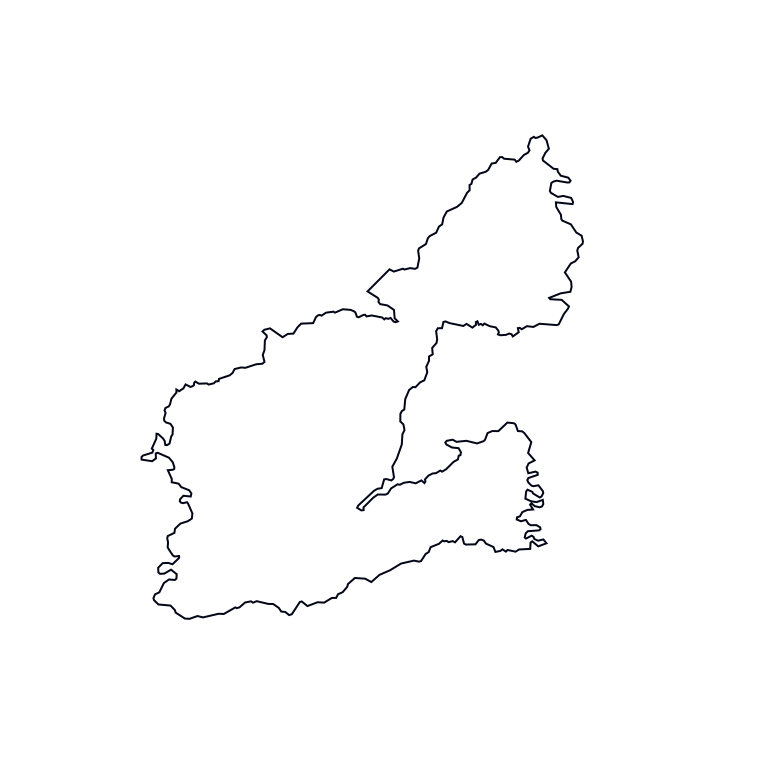 Curvelo, Minas Gerais, Brazil, rotated 19°
{"feature_id": "56859067B91333590661662", "entity_name": "Curvelo", "entity_type": "district", "adm_level": 2, "iso_a3": "BRA", "parent_name": "Brazil", "parent_adm1": "Minas Gerais", "projection": "albers", "projection_center": [-44.407, -18.753], "detail": "fine", "context": "isolated", "style": "outline", "palette": "ink", "viewbox_px": 768, "rotation_deg": 19, "n_neighbors": 0, "source": "geoboundaries", "source_scale": "gbopen_adm2", "svg_char_len": 6164}
<svg xmlns="http://www.w3.org/2000/svg" viewBox="0 0 768 768"><g transform="rotate(19 384 384)"><path d="M563.0,499.7L565.6,496.5L575.9,492.3L574.2,486.2L575.4,484.5L582.7,487.3L589.5,481.7L585.3,479.1L580.7,482.0L576.6,481.6L575.1,479.8L573.0,479.3L568.6,483.9L567.0,483.3L566.6,479.1L567.9,476.4L578.3,471.9L579.3,470.3L578.3,468.7L574.1,467.8L568.9,469.7L566.3,469.3L562.4,466.3L558.2,469.2L553.6,468.9L553.2,466.7L555.6,464.9L556.5,460.1L560.5,456.4L565.8,454.1L561.4,450.5L562.2,448.8L566.3,450.4L571.4,449.9L573.3,448.2L573.7,445.6L571.9,441.9L566.7,446.0L561.4,447.0L555.0,446.4L553.4,439.2L554.1,437.2L559.4,437.7L560.7,439.0L568.2,440.6L569.6,439.0L570.1,435.3L569.0,433.5L563.0,429.5L558.5,432.0L556.5,432.1L552.5,430.1L550.8,428.2L551.1,425.9L558.9,419.9L558.1,417.8L555.8,417.5L549.5,421.4L546.1,416.6L546.6,412.0L551.3,407.2L542.7,402.3L542.2,391.0L532.5,384.6L530.0,383.8L525.9,384.9L521.5,379.4L519.6,378.8L513.2,380.3L507.5,391.3L501.6,393.3L497.9,396.7L497.7,403.8L496.7,405.7L491.3,409.9L480.4,410.9L471.3,415.1L467.1,414.3L461.8,417.3L461.0,419.4L462.7,420.9L469.0,421.9L475.4,420.4L479.1,423.6L479.4,426.4L478.0,427.4L478.4,431.3L475.1,435.0L470.5,444.4L467.4,448.0L465.4,447.5L462.3,451.3L459.1,452.8L455.8,456.2L453.8,460.9L454.9,462.6L454.5,464.5L450.7,463.0L446.3,467.6L440.2,468.2L434.8,471.0L431.8,474.1L429.5,474.4L424.7,480.4L423.3,486.3L421.4,488.1L414.1,490.5L410.9,494.9L404.8,507.4L405.8,509.8L403.8,510.9L398.9,509.8L399.2,507.3L409.3,488.3L411.9,485.2L415.7,483.2L415.2,474.1L417.1,473.1L422.3,472.8L423.6,470.8L423.8,468.9L418.8,459.5L420.4,450.4L420.5,435.4L417.8,425.6L418.4,420.9L415.5,415.9L411.6,414.1L409.2,406.8L409.7,403.7L411.5,401.6L409.0,391.3L409.7,381.5L412.3,377.4L414.8,376.8L417.6,370.7L420.9,367.4L421.1,358.8L418.4,354.1L419.0,347.4L417.6,343.3L420.4,340.1L417.8,334.2L420.3,328.1L419.7,324.4L416.1,317.1L416.7,313.8L420.7,312.3L420.0,306.0L421.8,304.8L426.0,305.1L440.1,303.3L442.5,300.3L449.2,301.9L451.7,298.1L450.7,295.5L451.9,294.3L454.4,297.2L456.1,295.6L458.3,296.3L459.2,294.2L465.2,294.9L471.3,294.1L474.8,296.4L475.8,297.9L475.6,300.0L478.2,300.0L483.2,297.9L485.9,295.6L488.3,295.4L490.3,297.1L494.5,291.2L492.4,287.6L494.1,286.7L496.4,287.4L500.3,282.8L506.7,281.4L511.4,276.4L528.1,272.1L529.8,270.7L531.3,259.3L533.5,252.7L533.6,250.4L524.6,246.6L513.6,249.7L512.1,248.8L521.5,240.8L530.2,236.1L529.8,231.2L527.6,226.3L518.7,219.6L521.4,209.2L524.8,205.8L526.8,200.8L523.3,194.9L523.2,192.1L526.1,186.7L525.7,184.4L522.6,179.5L516.4,178.1L508.7,172.2L499.5,171.5L498.0,170.4L496.2,166.4L489.2,160.5L487.4,156.3L503.7,152.5L503.6,150.5L500.4,147.1L492.3,147.8L487.5,150.5L479.5,148.9L478.0,147.5L476.8,139.4L478.4,137.4L480.9,135.6L491.8,133.8L493.7,133.0L494.2,131.0L491.0,128.9L483.4,129.5L479.3,126.7L478.0,124.4L474.3,125.3L461.5,120.9L460.5,119.1L461.3,112.9L463.3,107.9L458.3,100.6L452.8,97.4L448.7,101.2L447.1,102.1L445.2,101.5L442.8,104.4L442.9,112.7L445.5,115.7L444.8,118.5L441.7,121.9L438.7,128.9L436.8,130.8L434.5,129.3L424.2,131.9L422.0,131.0L419.8,131.7L417.6,138.6L414.0,140.5L412.8,147.6L411.2,150.1L405.8,154.0L403.9,158.8L401.2,161.8L401.5,166.4L400.1,168.0L401.9,173.0L400.3,176.1L398.6,187.4L395.4,192.7L387.2,200.5L386.1,207.3L387.0,214.1L384.7,217.3L384.1,223.9L379.1,229.2L378.0,231.9L378.1,238.0L372.9,244.4L372.9,246.9L376.4,253.7L377.7,263.1L375.9,265.0L371.0,265.9L366.1,269.1L364.4,268.8L356.7,274.5L351.9,273.8L338.3,301.8L350.1,304.6L351.6,305.8L352.1,308.3L354.5,309.7L361.7,308.6L369.3,310.7L372.7,318.4L376.7,320.3L374.8,321.8L372.6,321.8L368.7,319.4L366.8,321.0L364.2,321.2L363.2,322.8L360.7,321.7L350.1,323.2L345.4,325.8L343.7,324.7L342.1,325.3L338.3,329.2L336.5,329.2L333.6,325.6L331.8,325.0L328.3,324.8L320.8,326.7L314.4,332.5L312.6,332.1L306.0,335.4L302.7,339.7L300.7,339.6L299.0,340.9L297.9,342.8L297.2,349.5L286.0,353.9L283.7,358.7L282.0,365.8L276.7,368.0L272.9,372.8L258.1,368.5L253.2,371.7L252.0,373.9L257.1,376.2L258.0,377.8L257.2,381.6L260.0,391.0L259.9,396.0L263.8,402.0L262.4,404.4L256.7,407.0L247.7,413.8L243.5,414.9L237.9,418.5L237.2,422.9L235.2,426.1L226.3,432.9L226.7,435.2L224.2,436.2L222.8,438.8L218.4,441.6L216.4,441.1L208.8,444.0L204.8,443.1L204.1,444.9L204.7,446.9L203.6,448.5L202.0,449.8L196.5,449.0L195.8,453.4L192.7,457.5L189.5,456.8L190.5,459.6L187.8,467.1L188.3,472.9L187.8,475.2L185.2,477.8L185.1,480.4L186.9,482.4L187.2,488.1L188.1,490.2L190.2,491.3L195.1,491.2L198.6,493.9L200.5,500.6L199.9,502.7L200.6,510.2L198.9,512.3L197.1,512.8L195.1,509.2L192.7,507.4L186.7,504.8L185.1,505.1L186.5,509.8L185.5,520.7L187.4,521.5L187.3,524.3L179.4,530.1L178.5,532.1L179.4,534.4L189.9,532.5L192.6,528.6L190.8,524.0L192.3,522.7L204.7,523.7L209.8,526.8L212.9,531.0L213.3,532.7L212.1,533.9L207.7,535.9L214.2,542.8L215.3,546.0L222.2,545.1L225.9,547.5L234.4,547.9L237.5,550.2L237.9,553.3L230.7,555.0L228.7,559.4L229.1,561.4L230.8,562.3L233.0,562.0L236.2,559.9L237.8,561.0L245.0,568.8L246.1,573.8L243.2,577.6L237.0,582.2L233.5,588.9L234.3,593.0L229.0,598.2L229.3,600.5L231.4,604.1L232.6,608.8L234.6,610.6L240.1,614.8L242.0,615.3L246.2,613.4L246.9,615.1L242.7,623.3L238.3,623.4L233.1,625.4L230.3,631.2L232.0,635.6L234.0,636.4L238.0,634.8L243.1,628.9L249.9,631.3L251.1,635.6L250.0,637.4L244.4,638.8L240.7,643.8L239.4,654.1L236.0,657.4L235.7,661.5L237.0,663.3L242.5,665.9L254.3,663.0L259.8,665.8L261.5,668.0L272.1,670.6L276.5,669.4L283.2,664.1L288.9,663.6L302.4,655.1L307.4,653.6L316.1,643.7L317.9,643.8L320.1,642.2L323.8,635.8L329.0,632.8L331.4,633.4L334.3,630.8L346.2,629.6L350.9,628.1L357.5,630.0L360.9,632.6L364.9,631.7L369.5,633.4L371.8,631.7L375.4,617.5L377.0,616.4L383.9,618.9L392.2,612.0L398.6,610.2L404.3,603.3L408.4,601.8L409.0,597.7L412.7,594.3L415.3,587.6L415.0,585.0L419.6,576.9L429.6,574.2L436.5,575.4L441.9,565.9L450.4,558.1L458.6,548.2L469.9,541.2L474.9,540.6L476.7,539.3L478.7,531.2L481.0,528.3L481.2,523.1L488.0,517.2L490.4,512.9L492.3,513.1L494.3,511.9L496.5,512.5L500.1,510.2L502.7,510.6L505.9,503.0L507.9,503.2L511.6,508.8L513.5,509.2L522.7,505.8L524.4,500.7L526.6,499.5L529.3,499.5L532.3,501.7L540.6,502.5L544.0,506.5L548.3,504.0L549.8,501.8L553.8,502.8L554.9,500.7L563.0,499.7Z" fill="none" stroke="#020617" stroke-width="2"/></g></svg>